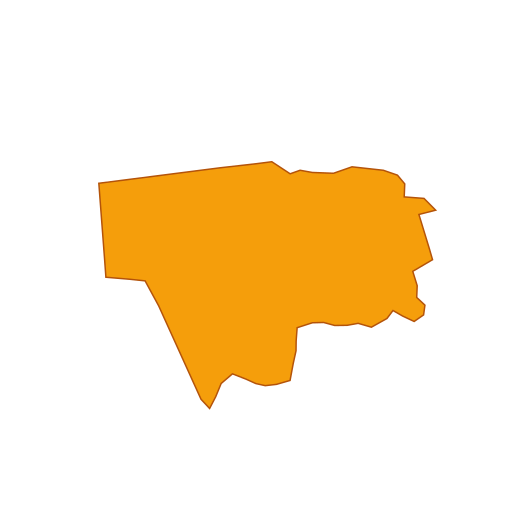 outline of Machados, Pernambuco, Brazil, rotated 217°
{"feature_id": "56859067B21118824924593", "entity_name": "Machados", "entity_type": "district", "adm_level": 2, "iso_a3": "BRA", "parent_name": "Brazil", "parent_adm1": "Pernambuco", "projection": "orthographic", "projection_center": [-35.513, -7.704], "detail": "fine", "context": "isolated", "style": "filled", "palette": "amber", "viewbox_px": 512, "rotation_deg": 217, "n_neighbors": 0, "source": "geoboundaries", "source_scale": "gbopen_adm2", "svg_char_len": 816}
<svg xmlns="http://www.w3.org/2000/svg" viewBox="0 0 512 512"><g transform="rotate(217 256 256)"><path d="M425.3,219.5L374.9,162.2L363.1,148.7L342.6,161.6L329.6,169.4L303.7,157.6L213.7,108.5L201.3,106.3L203.5,119.4L207.1,133.2L203.9,147.7L189.7,151.7L179.4,154.0L170.6,158.0L162.4,165.8L153.9,177.1L161.6,192.6L167.0,204.4L172.8,212.3L180.0,223.5L170.8,236.6L162.0,243.6L151.3,247.9L141.5,255.5L133.9,263.7L121.0,268.6L113.8,284.9L113.8,294.9L102.7,296.3L90.3,298.9L86.7,309.8L91.5,318.4L102.7,319.6L109.4,329.3L121.6,338.1L112.8,359.3L121.6,365.9L150.9,387.2L140.1,400.7L156.5,403.1L173.2,392.4L180.6,403.1L191.7,405.7L205.9,401.1L233.0,385.0L243.9,368.7L261.3,356.6L272.4,351.0L278.2,342.2L300.1,340.8L311.9,329.3L338.0,304.6L402.0,242.2L425.3,219.5Z" fill="#f59e0b" stroke="#b45309" stroke-width="1.5"/></g></svg>